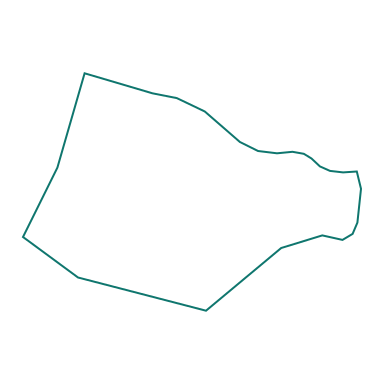 the border of Šempeter-Vrtojba
{"feature_id": "SVN-261", "entity_name": "Šempeter-Vrtojba", "entity_type": "Municipality", "adm_level": 1, "iso_a3": "SVN", "parent_name": "Slovenia", "parent_adm1": "", "projection": "natural_earth1", "projection_center": [13.656, 45.922], "detail": "fine", "context": "isolated", "style": "outline", "palette": "teal", "viewbox_px": 384, "rotation_deg": 0, "n_neighbors": 0, "source": "natural_earth", "source_scale": "10m", "svg_char_len": 419}
<svg xmlns="http://www.w3.org/2000/svg" viewBox="0 0 384 384"><path d="M23.0,237.0L57.4,167.6L84.6,73.3L152.4,93.3L176.8,98.1L204.8,111.5L239.9,142.0L258.0,151.0L277.0,153.3L292.5,151.8L303.8,153.8L311.5,158.5L319.9,166.4L330.0,170.9L343.1,172.4L356.8,171.5L361.0,188.8L357.4,222.6L352.6,233.9L342.5,239.9L322.3,235.4L281.2,248.0L206.0,310.7L78.0,277.5L23.0,237.0Z" fill="none" stroke="#0f766e" stroke-width="2"/></svg>